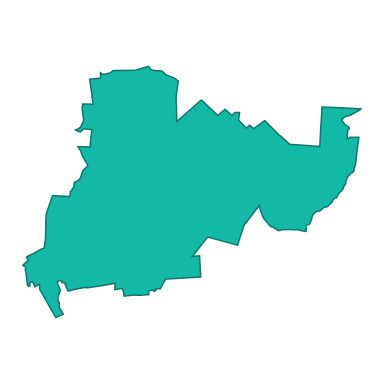 outline of Cobadin, Constanta, Romania
{"feature_id": "2599482B18886036836005", "entity_name": "Cobadin", "entity_type": "district", "adm_level": 2, "iso_a3": "ROU", "parent_name": "Romania", "parent_adm1": "Constanta", "projection": "natural_earth1", "projection_center": [28.207, 44.043], "detail": "fine", "context": "isolated", "style": "filled", "palette": "teal", "viewbox_px": 384, "rotation_deg": 0, "n_neighbors": 0, "source": "geoboundaries", "source_scale": "gbopen_adm2", "svg_char_len": 5724}
<svg xmlns="http://www.w3.org/2000/svg" viewBox="0 0 384 384"><path d="M161.6,70.9L157.7,70.8L155.6,70.7L151.7,69.9L150.9,69.6L150.3,69.1L149.3,67.5L148.9,66.7L148.7,66.5L148.4,66.4L148.0,66.4L135.5,70.2L135.0,70.3L127.8,70.4L113.8,70.5L113.3,70.6L112.6,71.0L110.1,72.8L109.5,73.1L104.0,74.3L103.4,74.4L102.6,74.2L101.2,73.4L100.5,72.8L100.5,78.1L89.6,79.2L92.2,96.5L92.1,97.3L91.9,97.6L91.9,97.8L92.2,98.0L92.4,98.4L92.6,99.7L92.6,100.6L92.9,102.4L93.0,103.3L93.2,104.3L89.4,104.1L82.6,104.0L82.7,105.9L82.3,106.3L82.1,106.7L82.4,111.0L82.6,112.0L83.0,116.2L83.6,117.9L83.7,118.4L83.5,119.5L83.4,122.0L83.1,122.2L82.1,124.0L80.9,126.7L80.4,127.1L79.9,127.6L77.1,129.4L76.6,129.6L75.8,129.8L75.4,129.8L75.4,130.0L78.7,131.5L80.0,131.9L80.3,131.9L80.7,131.8L82.8,129.6L83.2,129.2L83.5,129.0L83.7,128.9L84.1,128.8L84.6,128.9L90.0,129.4L90.8,129.6L91.9,129.7L90.8,138.2L90.8,138.3L90.1,147.0L78.0,146.6L78.8,148.1L80.7,150.9L80.9,151.4L81.7,154.1L82.4,156.0L84.5,159.5L85.4,161.2L87.8,165.2L87.8,166.1L87.6,166.2L87.2,166.4L86.2,167.3L84.3,169.2L83.2,170.2L82.9,170.8L81.6,174.4L80.5,177.7L80.2,178.5L78.0,180.5L77.1,181.3L76.6,181.5L75.5,181.6L75.0,181.8L74.7,182.2L74.4,182.8L74.2,183.1L73.8,186.8L72.2,189.2L72.1,189.6L71.4,190.5L71.3,190.8L71.2,191.1L70.8,191.4L70.4,191.4L70.0,195.7L69.8,196.3L69.6,196.5L69.3,196.5L53.1,195.6L52.7,195.6L52.4,195.8L49.5,204.3L46.3,213.6L45.9,220.5L45.5,238.1L45.3,239.6L44.3,246.9L44.2,248.1L41.3,249.1L39.3,250.1L36.1,252.1L32.8,253.8L31.5,254.5L29.6,255.2L27.0,256.6L26.4,257.1L28.4,260.4L28.0,260.6L25.0,263.2L24.2,263.9L23.3,264.8L23.0,265.2L23.1,265.3L23.4,265.4L23.5,266.1L24.5,266.0L25.5,267.0L25.5,268.7L25.3,269.4L25.3,270.0L25.4,270.6L26.1,273.9L26.2,274.5L26.6,277.2L26.7,278.0L26.9,280.5L27.2,282.3L27.5,285.3L28.2,284.9L28.4,285.9L28.5,286.1L29.9,286.2L30.0,286.1L29.8,284.7L29.8,284.1L29.8,283.1L30.1,282.1L32.6,281.7L34.9,286.7L39.5,284.4L39.5,284.7L39.9,289.8L42.3,293.8L44.6,297.9L49.0,305.7L55.8,317.6L63.3,314.1L61.6,311.2L59.4,307.4L59.1,306.6L59.3,302.6L59.1,302.3L58.3,301.5L58.2,301.4L58.0,300.7L57.9,297.4L58.5,295.1L59.1,293.8L60.4,290.0L58.8,286.3L57.8,283.9L57.6,283.2L57.5,282.1L57.6,281.7L57.8,281.3L58.1,281.1L58.5,280.8L59.8,280.7L61.9,281.1L61.8,282.6L62.6,282.5L63.3,282.8L63.9,282.9L64.9,282.9L65.5,283.0L65.8,284.2L65.2,284.5L65.6,285.6L67.3,289.5L67.8,290.5L68.3,291.1L73.5,289.7L79.8,288.3L87.3,287.2L87.6,287.4L87.4,287.8L101.7,285.7L115.3,283.3L114.8,288.2L114.9,289.5L115.0,289.6L115.3,289.6L118.7,289.0L121.5,288.5L121.9,288.6L122.4,289.2L123.0,290.4L123.4,291.9L123.8,293.7L124.0,296.1L128.9,295.6L134.1,295.1L140.3,295.3L145.7,294.8L147.3,294.7L148.9,294.6L148.5,291.6L148.8,291.6L149.0,291.0L149.7,290.6L153.6,290.1L153.9,291.2L155.8,290.7L155.5,289.0L156.5,288.9L157.6,288.9L157.9,288.7L158.9,288.6L159.2,288.8L159.3,288.7L160.2,288.9L165.5,279.1L179.4,278.3L200.7,277.0L199.6,255.8L192.5,256.3L193.0,255.7L193.4,255.2L193.9,254.5L204.4,241.2L207.6,237.3L208.0,237.2L208.6,237.3L228.3,242.6L237.4,245.1L237.6,245.2L237.7,244.5L239.8,238.1L243.9,225.6L244.2,224.9L245.4,223.7L246.8,221.8L252.7,214.0L259.3,205.4L260.7,211.2L263.1,217.3L264.1,218.9L266.6,221.8L268.2,223.8L271.2,226.9L271.8,226.4L273.0,227.2L278.5,230.7L282.4,229.6L284.1,229.6L287.7,229.6L288.1,229.5L290.0,229.5L294.3,229.8L294.8,229.6L295.7,229.6L296.9,229.6L297.5,229.7L301.3,230.6L303.9,231.2L306.1,231.5L306.2,228.1L306.1,227.8L305.8,227.0L305.8,226.7L305.8,226.4L305.9,225.9L306.3,225.4L306.9,224.8L307.4,224.6L308.5,224.6L309.2,224.4L309.6,224.0L311.7,218.8L312.0,217.1L312.5,215.8L313.3,214.5L313.7,213.7L313.9,213.5L314.1,213.2L315.0,212.6L315.4,212.3L316.3,211.7L317.5,211.3L318.2,211.3L319.3,211.0L319.6,210.9L320.2,210.6L320.6,210.4L321.7,209.6L323.3,207.8L324.0,207.4L324.5,207.2L325.8,207.1L327.3,206.7L327.6,206.5L328.6,205.6L329.3,204.6L329.9,204.3L330.7,203.8L331.2,203.3L332.1,201.9L333.3,199.5L333.7,199.1L335.2,198.0L336.5,197.6L336.9,197.3L337.1,196.9L337.5,195.7L338.5,193.7L338.9,193.2L339.3,192.8L340.4,192.0L340.9,191.5L341.6,190.6L342.5,189.7L342.7,189.4L343.3,188.2L343.6,187.3L344.4,185.4L345.7,184.0L345.9,183.5L345.9,183.1L345.8,181.5L345.9,181.0L346.0,180.6L347.1,178.0L347.3,177.1L349.2,175.1L349.6,174.5L350.0,173.9L350.1,173.5L350.8,173.3L352.0,172.9L352.3,172.7L352.9,172.3L353.3,171.8L353.7,171.5L353.8,171.2L354.3,168.2L354.5,167.6L354.9,166.7L355.6,163.9L356.4,156.7L357.8,144.0L358.3,141.4L358.9,137.3L350.5,137.3L350.0,137.3L349.7,137.4L348.6,138.4L348.2,138.6L347.1,138.8L347.7,130.6L347.8,130.2L348.7,129.4L349.0,129.1L349.2,128.7L349.2,127.7L349.0,127.4L348.8,127.1L345.1,124.7L344.7,124.3L341.8,120.2L342.0,119.4L342.3,119.1L342.9,118.8L342.8,118.5L343.5,118.0L344.7,117.0L345.0,116.8L345.5,116.5L347.4,116.1L349.8,115.4L350.6,115.2L351.0,114.9L351.2,114.7L360.0,109.9L360.3,109.8L360.7,109.3L361.0,108.9L360.9,108.9L343.9,107.9L327.2,107.2L325.9,107.2L322.0,107.0L321.1,123.8L320.8,124.1L320.9,124.4L319.9,144.9L319.9,146.1L320.0,146.3L319.5,146.5L305.4,145.4L305.2,145.4L300.2,145.0L292.0,144.5L289.8,144.3L289.2,144.0L288.9,143.6L280.4,135.8L279.9,135.8L264.8,120.6L257.4,125.8L255.1,127.6L254.3,128.2L253.8,128.7L249.6,125.2L246.4,128.0L239.5,121.0L238.7,120.2L238.6,119.9L239.6,112.5L236.5,112.4L235.4,112.5L234.9,112.7L231.9,115.6L225.1,109.3L217.8,115.4L214.6,112.4L207.7,105.8L201.8,100.2L201.5,100.1L201.1,100.2L200.5,100.6L196.6,104.0L194.0,106.3L191.8,108.3L176.6,121.7L176.7,119.3L176.6,112.0L176.5,106.4L176.5,105.4L176.2,102.7L176.1,100.2L176.2,95.9L176.6,92.8L176.8,92.5L176.8,92.3L177.0,91.0L177.2,88.7L177.7,85.2L178.2,82.2L178.4,81.0L177.7,81.0L177.4,80.9L176.4,79.5L176.2,79.3L173.6,77.7L170.9,76.7L166.4,75.0L165.9,74.7L162.4,71.4L161.9,71.1L161.6,70.9Z" fill="#14b8a6" stroke="#0f766e" stroke-width="1.5"/></svg>